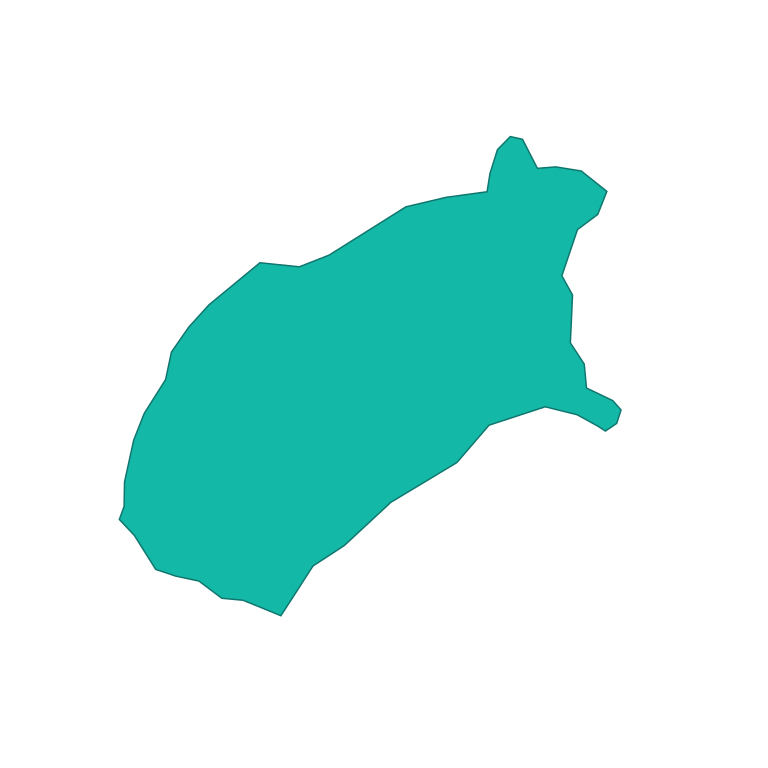 outline of Mefou-et-Akono, Centre, Cameroon, rotated 233°
{"feature_id": "32672807B65731125326388", "entity_name": "Mefou-et-Akono", "entity_type": "district", "adm_level": 2, "iso_a3": "CMR", "parent_name": "Cameroon", "parent_adm1": "Centre", "projection": "robinson", "projection_center": [11.352, 3.593], "detail": "fine", "context": "isolated", "style": "filled", "palette": "teal", "viewbox_px": 768, "rotation_deg": 233, "n_neighbors": 0, "source": "geoboundaries", "source_scale": "gbopen_adm2", "svg_char_len": 804}
<svg xmlns="http://www.w3.org/2000/svg" viewBox="0 0 768 768"><g transform="rotate(233 384 384)"><path d="M261.0,162.2L268.1,181.7L281.4,217.8L278.9,255.1L285.4,318.3L277.4,394.9L287.9,443.1L268.8,499.0L243.3,519.7L221.7,529.4L213.2,532.5L212.5,546.1L220.6,557.7L233.0,556.7L258.9,543.3L279.4,555.9L304.7,557.6L341.6,588.1L363.4,591.2L390.9,631.5L390.8,656.8L403.7,677.9L431.2,670.8L435.3,669.8L454.0,651.9L463.9,636.3L496.1,641.9L505.6,633.8L502.9,615.7L488.4,595.4L475.5,582.0L495.6,546.2L512.3,508.2L519.3,425.7L520.0,417.7L528.6,386.8L555.5,357.9L552.6,292.1L547.0,262.6L537.4,233.4L519.0,212.3L504.8,174.8L489.8,150.3L461.9,117.8L442.6,102.7L435.1,91.1L413.3,93.5L373.3,90.1L355.7,102.2L338.0,117.6L310.5,125.5L296.1,141.3L261.0,162.2Z" fill="#14b8a6" stroke="#0f766e" stroke-width="1.5"/></g></svg>